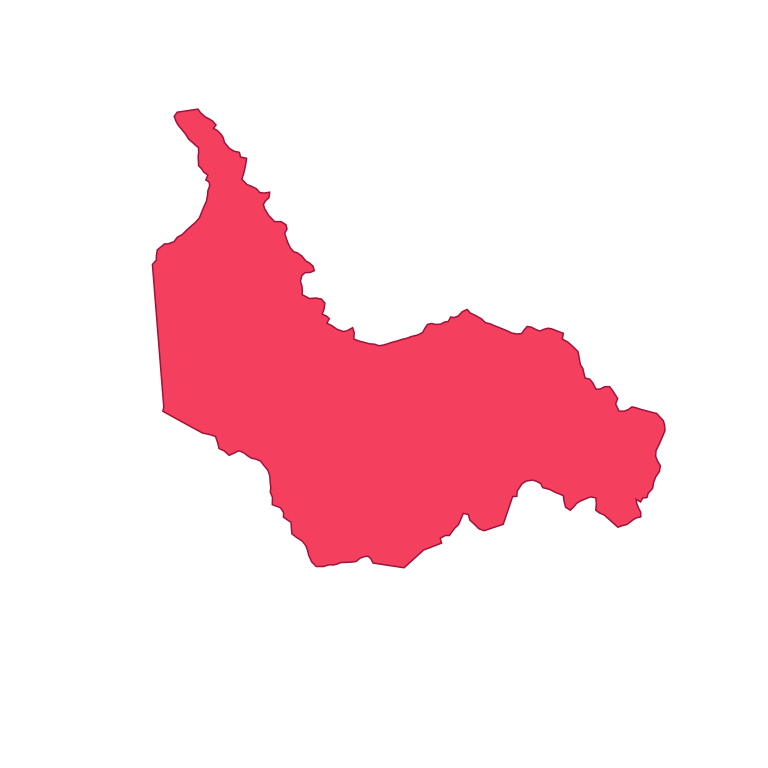 Calmon, Santa Catarina, Brazil, rotated 200°
{"feature_id": "56859067B66018065458430", "entity_name": "Calmon", "entity_type": "district", "adm_level": 2, "iso_a3": "BRA", "parent_name": "Brazil", "parent_adm1": "Santa Catarina", "projection": "mercator", "projection_center": [-51.016, -26.631], "detail": "fine", "context": "isolated", "style": "filled", "palette": "rose", "viewbox_px": 768, "rotation_deg": 200, "n_neighbors": 0, "source": "geoboundaries", "source_scale": "gbopen_adm2", "svg_char_len": 3893}
<svg xmlns="http://www.w3.org/2000/svg" viewBox="0 0 768 768"><g transform="rotate(200 384 384)"><path d="M95.9,377.9L97.0,384.1L96.9,389.6L95.3,395.9L96.3,401.7L100.6,405.1L104.0,409.0L105.6,414.4L104.8,421.6L104.3,429.3L104.0,436.4L106.4,441.5L109.0,445.1L113.2,447.2L117.7,449.6L121.9,449.1L127.5,448.6L133.9,448.0L139.6,447.8L143.2,447.3L145.6,443.6L149.0,440.6L153.9,438.9L159.5,444.5L159.5,450.3L162.9,452.9L167.3,456.3L171.2,458.7L175.6,457.0L179.1,453.3L183.0,451.6L188.1,456.4L192.3,458.9L197.1,458.4L200.1,462.9L202.6,466.8L205.9,469.1L208.2,472.9L210.6,477.2L212.8,480.7L218.4,483.4L225.6,486.3L231.7,487.2L232.9,493.0L237.5,493.0L241.7,493.1L245.5,493.2L249.0,492.5L252.8,489.8L255.6,487.0L259.5,487.1L265.1,487.8L269.1,487.1L270.7,482.9L271.9,478.5L276.0,476.5L281.4,475.6L285.4,476.0L291.0,476.3L296.2,476.5L299.9,476.5L304.7,476.9L309.7,476.3L314.7,478.6L320.8,479.6L327.4,480.3L331.4,482.5L335.2,478.7L337.6,473.2L340.7,470.5L344.3,469.8L344.9,464.9L348.3,462.9L351.3,459.6L355.9,457.6L360.0,457.1L363.5,454.9L364.6,450.4L365.4,445.5L369.2,441.5L374.5,438.0L378.7,434.4L382.5,432.0L386.1,429.1L390.4,426.2L394.9,422.6L397.9,420.4L401.8,418.2L406.4,418.2L411.4,416.8L416.7,416.4L420.9,415.9L427.7,415.9L429.7,422.3L432.8,426.2L436.6,421.7L439.8,419.5L446.7,419.3L453.1,421.0L458.5,421.6L457.7,426.7L461.3,428.2L466.0,428.4L465.9,433.7L467.2,439.8L471.8,442.4L477.0,441.6L483.4,438.8L491.5,440.0L492.7,444.0L494.5,447.8L497.6,451.8L498.3,457.6L496.3,461.6L491.7,463.4L488.2,466.7L491.1,470.5L495.3,472.2L499.6,472.9L505.0,476.2L510.3,477.6L514.1,477.4L518.8,480.0L523.4,484.7L528.9,491.7L528.1,496.3L530.5,500.1L536.2,501.4L542.4,499.2L550.0,502.9L556.5,508.3L558.8,511.7L557.9,515.7L555.8,519.7L557.0,525.1L562.0,522.4L566.3,521.4L570.5,523.8L575.5,524.4L581.0,524.6L587.6,527.8L588.0,535.5L589.0,542.6L590.3,549.1L596.4,548.2L599.1,552.2L604.7,551.5L609.9,552.5L616.6,556.5L619.3,560.5L622.8,563.1L627.5,565.3L631.7,565.9L630.4,569.9L635.1,572.5L639.1,573.3L643.4,573.9L649.1,576.1L652.8,578.7L671.3,568.7L672.7,563.8L669.2,559.6L665.8,556.7L661.2,554.1L655.6,550.7L651.4,547.3L646.8,545.6L643.1,544.0L639.1,542.6L637.5,538.4L636.2,533.5L634.5,529.7L633.0,525.8L629.6,524.1L625.5,521.3L621.0,520.1L621.2,514.7L617.5,514.1L615.6,510.6L615.6,505.5L614.3,500.5L613.4,495.2L613.9,488.7L614.1,482.9L614.3,476.9L616.6,471.1L619.6,465.8L622.4,460.5L624.6,455.6L628.4,451.3L630.0,445.9L634.8,441.9L638.3,440.5L640.3,436.8L642.9,432.6L641.7,426.4L640.3,422.6L642.5,417.1L583.1,287.1L582.4,282.7L561.4,279.4L537.7,275.8L533.9,276.4L530.1,276.9L524.4,277.1L520.1,271.8L516.9,266.9L511.4,266.5L505.1,264.0L501.5,267.5L497.6,271.6L492.7,271.5L487.2,269.8L483.0,268.9L478.8,269.6L473.6,269.3L468.4,266.0L463.7,263.3L459.9,258.6L457.1,252.2L454.9,247.8L453.9,243.5L450.1,239.4L447.7,232.4L439.0,232.3L434.4,228.9L433.0,224.6L429.3,223.5L424.1,222.2L422.1,217.7L419.3,211.7L412.9,209.7L406.8,208.3L402.4,205.5L399.2,201.9L396.2,197.3L391.2,192.2L385.2,189.3L378.6,191.7L373.8,195.3L369.7,196.6L366.6,198.6L363.4,201.5L358.4,203.5L353.3,205.7L349.5,207.7L346.9,212.2L343.5,215.0L340.1,216.8L336.6,215.3L333.0,212.0L302.3,218.2L290.0,241.5L275.5,254.2L278.4,258.2L274.7,262.5L270.7,264.0L269.5,268.5L268.3,272.5L265.9,277.3L265.6,282.9L265.2,289.5L260.1,290.2L256.8,285.5L250.6,282.9L245.3,280.4L239.7,280.4L224.0,292.9L224.6,322.3L220.8,323.8L222.2,329.0L221.2,333.1L220.2,337.4L217.2,341.4L211.4,344.6L207.3,344.7L202.6,344.0L199.4,340.9L192.5,341.6L185.3,340.7L181.6,340.7L177.2,340.3L174.6,335.2L171.2,330.3L165.7,329.1L163.6,333.6L162.3,337.4L160.1,340.5L155.5,344.9L151.3,348.6L146.0,349.4L143.6,344.3L141.8,337.8L137.4,336.5L132.2,336.2L115.2,329.4L111.5,332.5L107.8,334.9L105.2,338.9L103.0,342.3L100.4,345.0L97.2,347.0L99.0,351.4L102.2,354.3L105.6,358.1L107.7,361.9L102.6,360.9L101.9,365.4L98.1,367.2L98.4,371.6L95.9,377.9Z" fill="#f43f5e" stroke="#9f1239" stroke-width="1.5"/></g></svg>